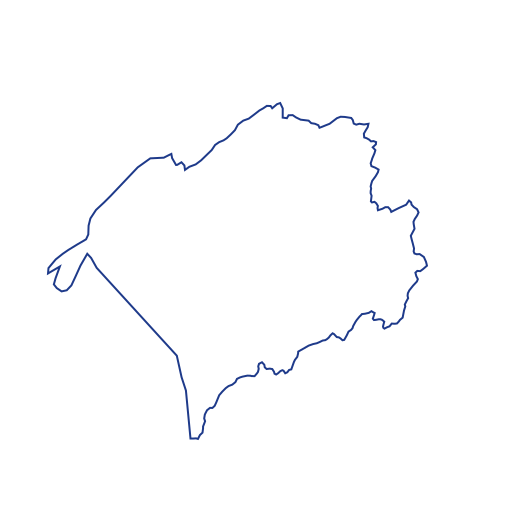 Kecil Lojing, Kelantan, Malaysia (Equal Earth projection), rotated 227°
{"feature_id": "92858781B76636493709189", "entity_name": "Kecil Lojing", "entity_type": "district", "adm_level": 2, "iso_a3": "MYS", "parent_name": "Malaysia", "parent_adm1": "Kelantan", "projection": "equal_earth", "projection_center": [101.527, 4.769], "detail": "fine", "context": "isolated", "style": "outline", "palette": "blue", "viewbox_px": 512, "rotation_deg": 227, "n_neighbors": 0, "source": "geoboundaries", "source_scale": "gbopen_adm2", "svg_char_len": 3571}
<svg xmlns="http://www.w3.org/2000/svg" viewBox="0 0 512 512"><g transform="rotate(227 256 256)"><path d="M161.8,88.8L163.3,92.9L163.3,96.4L166.1,99.8L167.4,101.0L168.9,104.1L169.9,106.1L172.5,107.3L174.9,110.4L175.5,111.9L176.6,115.0L176.3,118.8L174.6,120.5L174.6,123.6L175.9,126.8L177.6,130.5L179.3,134.2L179.8,138.8L180.0,143.7L179.6,147.2L178.1,150.9L177.8,154.9L179.1,158.3L178.1,161.5L177.0,163.8L174.4,168.1L172.1,170.4L171.4,170.7L169.1,173.0L169.5,176.7L169.9,178.4L171.6,181.0L173.8,182.4L175.1,184.7L174.2,187.9L170.8,187.9L168.6,186.5L166.1,186.7L164.2,189.3L162.2,190.8L159.0,190.2L157.3,189.3L155.6,189.9L155.2,192.2L155.2,195.3L154.5,197.4L153.3,197.9L150.3,197.4L149.6,199.6L150.1,202.5L149.0,204.5L152.6,211.4L153.5,213.7L154.1,217.4L156.0,220.3L157.3,221.7L154.5,233.5L152.6,237.8L150.7,241.0L149.6,244.1L148.7,247.1L147.2,249.3L146.8,251.2L146.7,253.6L147.2,256.3L147.2,259.3L145.7,259.8L143.2,259.8L141.6,259.8L140.0,261.1L138.0,261.6L135.4,261.8L134.5,263.3L135.3,265.9L136.0,268.1L136.7,269.9L137.6,272.1L137.1,275.2L137.4,277.4L138.5,279.3L140.0,283.9L140.5,286.1L141.1,290.5L141.1,292.3L141.3,293.8L139.4,296.4L137.5,299.7L136.9,302.8L135.3,303.2L133.4,303.9L132.2,301.9L130.5,298.7L128.7,298.6L127.5,300.2L125.9,302.8L124.8,303.9L123.5,304.6L122.4,304.8L120.5,305.0L118.7,302.1L117.8,300.8L116.7,300.2L115.3,300.4L114.5,303.3L113.5,305.7L113.8,307.7L114.0,309.2L112.6,310.5L111.4,311.8L110.5,313.1L110.7,315.8L111.1,317.7L110.9,321.2L115.2,327.1L117.3,330.8L119.0,331.7L120.3,335.1L121.4,338.5L123.5,339.7L125.2,341.7L126.3,344.6L127.2,350.6L127.6,356.3L128.7,358.6L131.9,359.5L135.1,361.2L135.1,363.8L132.9,365.8L132.5,369.3L132.3,374.4L134.0,375.4L135.9,376.4L140.8,378.1L145.8,377.0L147.7,374.7L149.8,373.6L151.8,374.4L153.7,376.7L158.4,379.3L162.2,381.3L165.2,383.0L167.8,390.5L171.8,393.1L173.6,394.5L174.8,397.4L175.7,401.4L177.0,404.6L180.4,405.7L184.2,404.8L187.5,404.8L189.4,406.0L192.2,405.7L191.1,400.8L193.7,393.1L195.2,387.9L196.0,385.0L198.4,385.9L201.6,385.9L203.5,383.9L204.3,380.7L206.3,376.4L208.2,377.6L209.5,379.3L212.5,379.9L214.8,379.6L216.1,377.3L217.6,377.3L220.2,380.4L221.2,381.6L223.8,382.7L225.3,384.2L226.8,386.2L228.7,387.3L230.4,389.9L231.7,392.2L232.8,398.0L234.1,402.3L235.6,404.6L239.4,403.4L243.0,401.7L245.6,403.1L247.3,406.3L248.0,407.4L250.3,412.6L252.0,415.5L255.9,415.5L255.9,419.8L257.4,421.5L259.9,420.3L261.4,418.3L264.0,418.1L266.8,417.2L268.9,416.0L271.9,418.3L273.0,421.8L274.0,425.5L276.0,428.4L278.5,424.7L282.2,421.8L283.7,418.9L286.2,417.8L289.4,419.5L292.0,419.8L297.1,415.8L300.1,412.9L301.6,409.2L302.5,400.0L304.0,396.2L305.3,392.8L306.5,389.9L309.1,390.8L312.5,389.3L315.5,387.0L319.1,386.8L325.3,381.6L330.0,379.8L334.0,378.9L336.7,375.8L335.7,372.6L339.0,369.9L345.7,376.2L351.4,378.0L352.7,374.9L353.0,368.6L355.7,369.0L358.4,366.3L359.1,361.9L360.1,357.8L360.7,351.1L361.4,344.4L363.7,339.0L364.4,332.3L362.4,326.4L362.1,320.2L362.1,314.8L362.7,311.2L364.4,306.7L365.1,301.8L363.7,295.9L363.4,281.1L364.1,274.4L366.7,268.1L367.4,262.8L371.1,265.4L375.4,265.4L376.4,260.5L377.1,259.6L384.8,261.4L388.4,263.7L389.3,260.8L390.8,255.6L399.5,245.3L401.5,230.0L399.1,190.6L398.8,181.6L398.8,170.4L396.4,160.5L392.4,154.3L386.1,148.0L384.1,143.1L386.4,132.8L388.4,122.9L389.4,116.2L390.1,107.2L388.7,96.0L385.1,92.0L382.1,105.4L376.4,94.2L373.1,88.8L368.4,88.4L362.7,89.7L360.0,94.2L360.4,100.9L364.4,110.8L368.7,121.1L372.7,134.1L367.0,134.1L356.0,131.4L237.1,130.1L218.1,118.9L205.4,113.0L167.2,83.6L165.4,85.5L163.5,87.8L161.8,88.8Z" fill="none" stroke="#1e3a8a" stroke-width="2"/></g></svg>